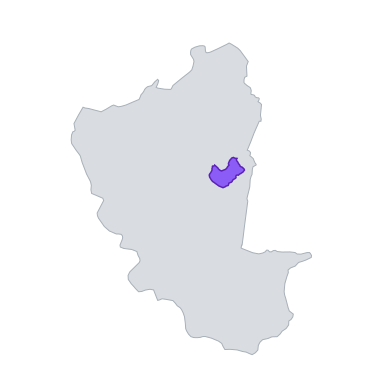 Zoundwéogo on a map of Burkina Faso (Natural Earth projection), rotated 278°
{"feature_id": "BFA-2831", "entity_name": "Zoundwéogo", "entity_type": "Province", "adm_level": 1, "iso_a3": "BFA", "parent_name": "Burkina Faso", "parent_adm1": "", "projection": "natural_earth1", "projection_center": [-0.901, 11.547], "detail": "fine", "context": "in_parent", "style": "filled", "palette": "violet", "viewbox_px": 384, "rotation_deg": 278, "n_neighbors": 0, "source": "natural_earth", "source_scale": "10m", "svg_char_len": 4073}
<svg xmlns="http://www.w3.org/2000/svg" viewBox="0 0 384 384"><g transform="rotate(278 192 192)"><path d="M287.4,248.7L277.4,249.1L273.8,250.4L271.6,250.4L271.6,249.3L271.3,248.7L258.8,245.2L250.0,243.2L241.1,240.9L240.6,243.0L239.3,244.4L237.3,244.5L236.0,244.2L235.1,245.8L233.6,248.0L231.6,249.1L229.5,250.4L228.4,251.6L227.6,251.7L225.5,248.9L222.8,248.6L217.8,249.0L215.5,248.3L212.4,247.9L205.0,248.5L193.3,247.3L191.4,248.0L190.9,248.5L179.2,248.6L166.4,248.7L155.7,248.9L146.4,249.0L146.4,248.5L143.4,248.4L143.0,249.4L140.3,260.6L140.0,266.7L141.4,270.5L143.0,272.9L144.8,273.9L145.0,275.3L143.6,277.0L143.7,278.8L145.3,280.7L145.8,282.6L144.9,284.7L145.1,289.6L146.3,297.4L146.4,302.5L145.2,304.8L145.7,308.7L148.0,314.3L148.4,316.7L147.6,317.8L145.7,319.2L143.8,319.2L141.5,315.8L140.5,314.3L138.7,310.9L137.1,307.4L135.0,305.9L133.0,304.5L130.5,300.1L128.1,298.0L125.5,298.6L121.8,297.8L114.2,296.7L106.1,297.1L102.8,298.1L99.5,299.7L91.0,303.2L87.7,304.9L85.2,309.3L82.3,309.2L79.5,307.8L77.7,305.8L73.8,306.2L70.1,304.3L66.6,300.5L63.9,299.2L60.6,296.5L59.7,291.3L57.5,287.6L55.6,282.5L52.7,280.2L49.3,279.0L44.7,279.2L41.7,277.2L39.3,274.2L39.9,271.6L41.0,267.9L41.1,264.4L41.9,258.6L41.5,251.5L40.6,246.5L43.2,244.4L46.2,242.5L48.0,239.1L50.0,231.5L50.8,224.9L50.2,222.4L49.2,220.5L48.5,217.6L48.1,214.1L48.6,211.1L50.8,208.3L53.7,206.0L55.7,204.8L60.9,203.7L67.5,201.9L71.4,199.9L74.1,198.0L75.7,196.4L77.3,193.2L79.8,190.7L81.8,188.2L82.1,181.2L82.1,177.2L80.7,175.0L79.9,173.1L89.7,167.6L89.8,163.8L88.4,159.5L86.5,156.0L85.8,153.0L88.5,149.5L90.9,146.8L92.7,144.6L96.5,141.1L100.5,140.3L104.2,141.5L114.8,149.6L116.7,150.1L118.9,149.5L121.7,147.4L125.4,145.7L126.7,140.3L126.6,132.4L127.5,128.7L129.4,128.1L135.6,129.6L137.1,129.7L138.9,129.2L140.2,127.8L140.2,125.2L139.9,122.9L141.9,115.6L145.6,110.0L153.0,103.1L155.3,101.7L158.0,101.0L171.2,105.7L173.4,104.6L176.6,92.8L180.2,91.6L184.5,91.4L187.3,90.4L188.8,89.6L195.1,85.1L206.2,79.0L212.1,76.4L213.3,75.4L217.6,71.1L223.2,66.1L226.8,65.1L231.8,64.8L235.0,65.6L235.8,67.0L236.9,67.7L243.4,65.6L252.7,69.0L260.8,72.3L260.3,74.4L260.3,78.1L259.6,83.9L258.8,90.9L262.1,95.5L266.1,100.4L267.2,102.3L266.1,107.1L266.9,109.9L269.0,114.6L272.6,120.5L276.3,126.7L278.9,127.5L281.3,128.0L282.8,129.1L284.9,130.2L287.1,130.9L289.0,132.2L290.2,133.5L291.7,137.3L295.9,139.8L298.8,142.3L297.6,143.5L294.0,143.0L290.6,141.9L290.1,143.7L290.0,150.7L290.6,156.5L291.4,157.2L294.8,158.3L303.0,165.8L310.4,172.9L312.9,174.8L317.0,175.5L321.5,175.8L323.5,175.1L327.9,171.5L330.3,171.1L332.5,171.2L333.7,171.8L335.8,174.7L337.8,179.1L338.4,182.4L338.2,184.1L337.5,184.8L333.9,185.6L332.3,186.3L331.9,187.3L332.5,189.4L333.2,190.9L337.2,197.2L343.0,205.8L344.7,208.0L343.8,210.6L340.8,217.3L338.7,220.1L329.0,229.5L324.3,228.4L314.4,230.3L312.9,228.2L310.5,227.9L307.7,228.2L306.6,229.1L306.3,230.0L305.3,231.3L303.5,235.1L302.0,236.0L300.3,236.6L298.1,236.5L296.8,237.0L296.8,238.9L296.4,240.5L295.0,241.3L294.4,243.1L294.5,244.9L293.6,245.7L291.8,245.3L290.6,244.8L289.6,247.1L288.3,248.7L287.4,248.7Z" fill="#d9dde1" stroke="#a8b0b8" stroke-width="1"/><path d="M218.3,208.5L219.0,208.8L219.6,208.8L220.1,208.6L220.5,208.7L220.7,209.8L221.0,210.2L221.4,210.6L221.8,210.7L219.5,214.2L218.6,214.9L217.5,216.5L216.9,218.2L219.1,222.0L220.3,223.0L222.1,223.8L223.8,224.9L224.7,224.2L224.8,224.2L225.5,224.1L228.4,224.9L229.2,225.3L229.6,225.7L230.9,226.4L231.3,226.8L232.0,228.2L231.4,229.8L231.5,231.0L231.5,231.9L230.3,231.4L229.2,231.9L228.1,233.1L226.6,234.1L225.3,235.5L224.2,236.1L223.8,237.0L223.5,238.4L222.9,239.2L222.6,239.5L222.0,240.4L221.0,240.9L218.7,239.6L217.7,238.3L217.1,237.8L216.4,236.6L215.6,236.0L215.1,235.6L215.1,234.4L214.6,233.5L213.5,233.2L212.3,233.6L211.5,233.0L210.1,231.2L209.2,230.6L207.9,230.2L207.2,229.6L206.5,228.3L205.8,227.2L204.5,227.2L203.5,226.9L203.0,225.7L202.4,224.6L201.9,224.3L200.6,222.1L201.7,217.8L204.8,212.0L205.3,210.9L206.7,209.4L209.2,207.4L211.2,206.7L212.3,207.0L213.9,207.9L216.4,208.8L218.3,208.5Z" fill="#8b5cf6" stroke="#5b21b6" stroke-width="1.5"/></g></svg>